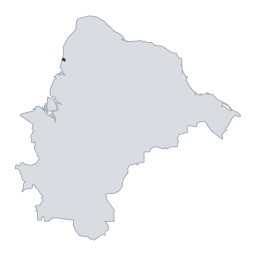 Água Doce do Maranhão, Maranhão, Brazil shown in context, rotated 270°
{"feature_id": "56859067B66472645750335", "entity_name": "Água Doce do Maranhão", "entity_type": "district", "adm_level": 2, "iso_a3": "BRA", "parent_name": "Brazil", "parent_adm1": "Maranhão", "projection": "orthographic", "projection_center": [-42.139, -2.924], "detail": "fine", "context": "in_parent", "style": "filled", "palette": "slate", "viewbox_px": 256, "rotation_deg": 270, "n_neighbors": 0, "source": "geoboundaries", "source_scale": "gbopen_adm2", "svg_char_len": 3993}
<svg xmlns="http://www.w3.org/2000/svg" viewBox="0 0 256 256"><g transform="rotate(270 128 128)"><path d="M52.1,40.2L54.9,42.8L58.6,41.5L59.7,43.2L61.8,40.6L66.8,38.0L68.0,35.6L71.2,34.2L71.5,32.6L67.8,32.1L67.0,25.7L63.9,21.6L68.1,23.6L71.9,23.4L74.6,25.5L75.5,22.9L85.2,19.6L87.4,17.5L87.3,15.5L90.2,15.4L91.1,16.3L90.1,19.6L92.6,20.4L93.4,23.1L91.6,25.2L90.7,30.6L92.6,36.2L97.2,39.4L99.2,38.9L100.2,37.1L102.0,37.4L107.3,34.4L114.0,35.3L113.0,32.9L114.1,31.3L115.4,31.9L119.8,30.7L124.8,33.5L126.9,32.1L131.7,33.1L140.7,20.3L142.1,21.6L145.0,33.3L146.5,35.1L149.5,36.1L149.9,39.1L144.8,44.8L141.6,46.6L137.5,54.4L133.4,55.5L137.7,55.7L143.9,51.8L145.2,56.7L146.9,58.2L153.4,56.5L151.5,62.1L154.0,57.6L157.0,55.0L158.5,55.7L159.1,54.9L158.5,52.9L160.5,50.4L165.6,49.9L176.5,54.1L177.3,56.3L178.8,54.8L181.3,56.4L182.0,58.3L180.7,59.6L181.3,60.2L182.6,59.0L183.0,60.2L181.7,61.4L180.9,65.2L182.6,63.7L183.9,60.8L184.1,62.8L189.0,60.2L200.4,63.5L209.5,63.2L218.5,68.3L226.2,75.6L235.9,76.9L237.8,79.6L240.2,89.9L239.1,96.6L235.3,103.4L224.7,114.5L224.7,113.6L222.7,118.6L219.4,123.0L217.8,123.7L216.7,121.7L215.8,122.7L214.3,127.4L215.3,140.8L213.4,148.5L213.6,151.6L210.7,154.8L209.8,162.4L203.1,172.0L202.8,176.3L198.9,178.1L197.0,181.7L191.9,181.8L190.8,180.5L190.4,182.0L182.6,182.3L183.0,183.6L178.1,186.6L175.4,186.5L170.5,189.0L164.6,193.5L163.5,195.7L162.4,194.9L162.1,195.8L160.7,195.4L162.5,196.7L161.2,198.1L160.8,200.4L162.2,205.5L161.3,213.0L156.6,217.3L151.4,227.5L146.2,232.1L145.9,230.6L149.7,228.7L152.8,223.1L152.8,222.2L150.5,222.8L148.9,221.0L149.8,222.8L149.3,224.8L146.1,228.2L145.3,230.9L145.8,232.4L143.7,237.5L140.6,240.6L139.7,240.2L139.4,237.7L141.1,235.4L137.5,231.9L129.9,227.8L127.5,225.6L125.6,226.8L125.2,225.2L120.7,221.7L118.9,222.7L116.9,222.2L124.3,212.3L125.3,212.3L125.0,211.4L134.2,205.3L134.6,200.4L132.4,196.8L129.2,196.8L130.4,188.3L128.2,187.0L124.0,187.8L121.1,178.8L117.4,177.3L114.9,178.4L109.1,177.2L109.3,171.2L107.0,166.5L108.6,165.4L107.0,164.0L109.6,155.1L107.4,151.1L104.2,149.5L104.0,144.0L93.9,144.0L93.1,139.4L91.0,137.2L92.7,137.1L90.8,129.5L87.5,127.7L83.6,128.0L76.2,123.1L68.7,121.9L65.3,119.2L62.8,114.9L62.1,105.7L55.8,107.0L45.4,114.5L42.1,113.6L34.8,114.2L34.5,104.8L31.1,108.0L26.3,108.4L25.0,105.5L20.7,105.0L21.7,102.5L15.8,94.0L17.2,92.5L16.8,90.1L19.8,87.3L19.2,85.1L20.7,79.2L25.9,75.3L31.3,73.2L35.8,73.8L38.4,55.1L37.1,51.0L34.8,48.8L34.9,44.5L39.7,43.9L38.9,41.5L36.0,41.6L36.0,37.7L45.0,37.4L44.9,35.8L46.3,37.1L49.3,34.9L50.8,37.3L50.9,40.4L52.1,40.2ZM147.8,46.8L158.9,47.8L156.2,54.4L154.2,54.5L153.8,55.7L152.2,55.2L150.4,56.8L146.3,56.9L144.7,53.6L145.8,52.7L144.5,51.6L145.4,47.7L147.8,46.8ZM138.4,54.8L140.1,50.1L141.8,49.4L141.7,52.3L138.4,54.8ZM150.8,44.4L149.8,46.2L147.2,45.8L147.6,44.7L150.8,44.4ZM147.0,42.5L146.6,46.1L145.5,45.8L147.0,42.5ZM152.6,46.7L151.0,46.9L150.3,46.6L152.2,45.5L152.6,46.7ZM145.4,46.9L143.7,48.1L143.1,47.5L144.2,46.4L145.4,46.9ZM148.3,43.7L147.6,43.0L148.9,42.2L149.0,42.9L148.3,43.7ZM147.5,34.4L146.6,34.6L146.4,33.3L147.2,33.2L147.5,34.4ZM162.7,208.6L162.3,207.6L163.0,206.6L163.2,206.9L162.7,208.6ZM179.0,186.1L179.3,187.3L178.2,187.1L179.0,186.1ZM161.8,201.1L161.3,200.5L161.9,199.9L162.2,200.1L161.8,201.1ZM182.4,62.9L181.7,64.2L182.4,62.3L182.4,62.9ZM217.2,123.9L216.1,124.3L216.8,123.2L217.2,123.9ZM185.4,182.8L184.4,183.2L184.2,183.0L184.8,182.4L185.4,182.8ZM215.4,126.3L215.0,127.0L214.7,126.6L215.4,126.3ZM179.4,53.6L179.4,54.3L179.1,54.2L179.4,53.6Z" fill="#d9dde1" stroke="#a8b0b8" stroke-width="1"/><path d="M195.4,64.5L195.5,64.5L195.7,64.4L195.8,64.5L195.8,64.4L196.0,64.4L196.3,64.3L196.5,64.3L196.5,64.2L196.8,64.1L197.0,64.0L197.0,63.9L196.9,63.9L196.7,63.9L196.5,63.7L196.8,63.5L196.8,63.4L196.7,63.2L196.8,63.1L196.7,63.1L196.8,63.0L196.8,62.9L196.8,62.7L196.7,62.6L196.5,62.8L196.4,62.8L196.2,62.9L196.2,63.0L196.3,63.0L196.2,63.0L196.0,63.4L196.0,63.5L195.9,63.6L195.8,63.8L195.7,64.0L195.4,64.5Z" fill="#64748b" stroke="#1e293b" stroke-width="1.5"/></g></svg>